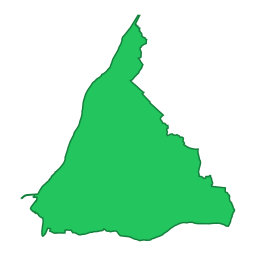 Mahajanga I, Boeny, Madagascar (Albers equal-area conic projection)
{"feature_id": "10022922B60996293868186", "entity_name": "Mahajanga I", "entity_type": "district", "adm_level": 2, "iso_a3": "MDG", "parent_name": "Madagascar", "parent_adm1": "Boeny", "projection": "albers", "projection_center": [46.344, -15.68], "detail": "fine", "context": "isolated", "style": "filled", "palette": "green", "viewbox_px": 256, "rotation_deg": 0, "n_neighbors": 0, "source": "geoboundaries", "source_scale": "gbopen_adm2", "svg_char_len": 5804}
<svg xmlns="http://www.w3.org/2000/svg" viewBox="0 0 256 256"><path d="M167.1,231.4L170.5,228.5L174.9,225.6L176.6,224.9L179.2,223.6L180.0,223.6L181.5,222.8L183.0,222.6L185.8,222.6L186.9,222.9L188.6,222.3L192.8,222.3L193.7,222.9L197.1,223.6L209.6,223.7L212.8,223.3L219.2,223.2L222.0,224.0L224.5,224.9L226.1,226.0L228.4,226.2L230.4,222.1L231.0,218.8L232.1,216.6L232.2,215.0L232.8,214.1L233.1,212.5L234.0,211.7L234.4,210.5L234.5,210.4L234.4,209.9L234.2,209.3L233.8,208.8L233.2,207.7L233.0,206.6L232.7,206.1L232.6,205.3L231.8,204.1L231.6,202.7L230.3,201.7L229.6,200.1L229.3,197.0L229.7,196.7L229.6,196.3L229.6,196.1L229.2,195.2L228.1,194.3L227.5,193.0L226.8,192.5L225.7,192.2L225.2,191.7L225.3,187.9L211.7,186.4L211.7,185.7L211.5,184.8L212.2,184.5L212.6,183.5L212.6,183.0L212.3,182.0L212.2,181.5L211.8,180.6L211.6,180.0L211.6,178.9L211.5,178.5L211.3,178.1L210.8,177.7L210.7,176.8L210.6,176.5L210.5,175.6L210.2,175.5L209.8,175.6L209.1,176.1L208.8,176.5L208.4,176.7L207.8,176.5L206.0,176.5L205.7,177.0L205.7,177.6L204.9,178.4L204.1,178.4L203.5,178.1L202.3,177.1L201.3,176.6L200.4,176.4L199.7,176.4L199.0,176.1L199.2,174.8L198.5,172.3L198.5,171.8L199.1,168.8L200.3,164.3L200.5,162.8L200.4,161.7L200.2,160.7L199.5,159.5L199.3,158.4L198.6,155.5L198.5,154.6L198.0,153.2L197.9,150.8L198.1,149.1L195.6,149.3L191.3,148.5L189.3,147.9L186.7,146.6L183.9,144.6L184.4,143.2L184.1,142.5L183.3,141.8L183.2,141.2L182.9,141.0L183.2,139.6L183.4,138.5L183.3,138.0L182.2,137.2L181.6,137.1L180.7,137.3L180.2,137.2L179.8,136.8L179.5,136.2L178.9,135.7L178.2,135.5L177.6,135.0L176.6,134.8L175.8,135.2L175.4,135.3L174.7,135.1L173.6,135.1L173.3,134.7L173.0,134.7L172.2,133.9L170.5,134.2L169.9,134.4L169.5,134.9L168.8,135.2L168.0,135.2L167.5,135.0L167.3,135.3L166.7,134.1L166.9,133.4L167.2,132.9L167.4,132.4L167.4,131.9L167.1,131.0L166.7,130.7L166.7,130.0L166.9,128.5L167.4,128.5L167.8,128.5L168.1,128.0L168.0,126.5L167.8,125.5L167.3,125.7L165.9,124.8L165.7,124.3L164.9,123.5L163.7,123.2L162.9,123.2L162.5,122.8L161.8,121.1L161.1,120.3L160.4,119.2L160.4,118.5L160.9,117.3L161.5,116.8L162.1,116.1L163.3,115.2L162.6,114.5L158.8,111.1L150.0,103.0L150.0,101.9L148.7,100.7L142.3,94.0L143.7,92.6L143.8,92.4L143.3,92.3L140.1,89.6L137.2,86.8L131.5,81.9L130.4,80.6L130.8,80.4L131.3,80.4L131.9,80.0L133.1,78.8L133.3,78.4L134.1,77.6L134.1,77.3L134.3,77.0L134.9,76.6L135.0,76.3L135.9,75.7L137.2,74.1L138.4,73.3L139.4,71.0L140.0,70.3L140.2,69.7L141.2,68.7L141.6,68.0L141.7,67.5L142.0,67.0L142.0,66.5L142.9,64.8L140.5,61.4L140.2,60.5L139.5,59.6L138.4,58.3L139.4,57.9L139.8,57.8L140.9,57.3L140.9,56.8L140.9,56.3L141.1,55.7L141.0,54.5L141.2,53.7L141.2,52.1L140.9,51.7L140.6,50.8L140.6,50.4L140.0,49.3L140.0,48.7L140.2,47.7L141.0,47.3L141.2,46.8L141.3,46.3L141.5,46.0L142.0,45.8L143.0,45.0L144.5,44.1L145.8,43.7L146.2,43.4L146.2,43.1L146.4,40.3L146.6,39.5L145.7,39.2L145.0,38.2L144.9,37.7L143.1,37.3L142.0,35.9L141.8,35.0L141.7,34.0L141.5,33.2L140.8,32.7L140.4,32.0L139.5,31.3L139.8,30.7L139.3,30.2L139.2,29.9L139.7,28.9L139.7,28.2L139.1,28.2L138.8,27.6L138.4,27.7L138.2,27.5L138.2,27.2L137.8,27.0L137.6,26.7L137.7,26.3L137.3,26.2L137.2,25.9L136.4,25.8L136.4,25.4L136.0,25.3L136.0,24.6L135.3,24.2L139.6,15.5L138.0,15.4L130.6,27.4L124.3,35.4L122.9,36.8L121.9,39.2L122.1,40.2L120.9,43.9L119.1,47.2L118.0,50.2L113.4,58.2L112.7,59.7L111.7,62.8L110.8,65.0L110.2,67.0L109.1,68.3L108.7,68.6L106.6,71.2L105.2,72.5L103.5,73.8L102.2,74.2L101.7,74.7L101.3,75.7L100.7,76.4L98.8,77.8L98.0,78.2L97.0,78.9L96.0,79.8L94.7,81.3L93.6,82.0L92.8,82.7L90.2,86.7L87.7,90.2L85.8,93.9L84.8,96.8L83.4,101.6L83.2,102.8L82.6,109.1L82.1,111.3L82.1,113.9L81.4,117.1L79.9,121.5L79.8,122.2L79.4,123.7L78.5,126.3L77.7,127.2L77.3,128.1L75.6,130.6L74.3,132.6L73.2,136.0L72.3,137.5L71.3,139.6L70.3,141.5L68.0,148.0L67.5,150.0L65.8,155.3L65.4,156.8L65.1,157.3L65.3,158.1L65.0,160.1L63.9,162.8L61.4,166.2L60.2,167.7L58.6,169.3L57.1,170.6L56.5,171.4L55.2,172.1L54.9,173.1L51.6,176.3L51.3,176.9L51.2,177.7L49.9,178.8L49.9,179.5L49.2,179.7L49.1,180.4L48.7,180.9L47.1,182.0L44.9,184.3L44.1,184.8L41.9,187.0L41.3,188.3L40.7,188.9L37.9,194.0L36.7,194.2L28.3,194.7L25.9,195.0L24.6,195.5L23.2,196.5L21.5,198.1L21.9,198.4L24.3,196.4L25.8,195.6L26.7,195.3L30.8,195.0L34.3,194.8L34.4,195.9L33.9,196.5L34.0,196.9L33.9,197.1L33.4,197.1L33.5,197.4L36.8,197.2L36.8,198.0L37.0,198.7L37.0,199.1L36.7,199.4L36.7,199.9L36.4,200.3L36.4,200.6L36.0,200.7L35.9,200.8L36.0,201.3L35.5,201.2L35.2,201.6L31.5,206.5L30.6,208.2L30.6,208.9L32.1,210.7L32.4,210.9L32.5,210.8L32.9,211.2L33.2,211.7L34.7,211.7L34.8,211.7L35.2,212.1L34.8,212.6L35.8,213.4L36.3,213.0L36.9,213.0L37.6,214.0L38.2,214.1L38.4,214.3L38.5,215.1L38.8,215.5L39.0,215.5L39.6,216.3L40.4,217.0L40.8,217.0L42.7,218.3L42.9,218.3L43.1,221.1L43.2,221.6L43.1,222.5L42.5,226.3L41.9,231.2L42.0,234.8L42.3,235.7L42.7,236.1L43.0,236.1L43.4,235.8L45.3,233.8L45.2,233.5L45.5,233.4L47.8,228.2L49.6,228.5L50.5,228.9L49.7,231.0L52.5,232.2L52.6,232.4L54.3,233.1L56.8,233.1L57.0,232.9L64.8,233.0L64.8,232.5L65.0,232.3L65.1,231.6L65.0,230.2L66.2,230.1L66.6,229.9L67.0,229.9L68.6,230.2L70.9,230.2L71.4,230.4L71.9,231.6L72.3,231.9L73.0,232.8L73.7,232.6L74.7,232.6L77.7,234.1L78.6,234.7L80.8,234.8L82.0,234.3L83.9,234.3L86.3,233.7L89.0,232.8L89.8,232.3L92.0,232.3L93.8,231.7L97.4,231.5L100.7,230.7L101.8,230.7L102.9,230.2L103.8,229.6L103.9,228.9L104.5,229.2L105.5,229.9L106.1,230.7L107.3,231.2L108.3,231.2L109.1,231.0L110.3,231.8L111.3,231.5L115.2,230.9L116.9,231.5L119.0,234.4L120.3,235.7L129.0,236.7L130.5,237.2L134.0,238.8L135.5,239.3L136.4,239.3L139.8,240.6L142.9,240.0L145.4,240.0L145.7,240.2L146.5,240.3L147.0,240.3L147.3,240.1L148.1,240.2L149.8,240.1L150.9,239.7L151.4,238.9L152.6,238.7L154.3,238.1L157.5,236.8L158.2,236.6L160.6,235.7L161.5,235.1L162.5,234.8L162.9,234.2L163.7,233.8L164.0,233.3L167.1,231.4Z" fill="#22c55e" stroke="#15803d" stroke-width="1.5"/></svg>